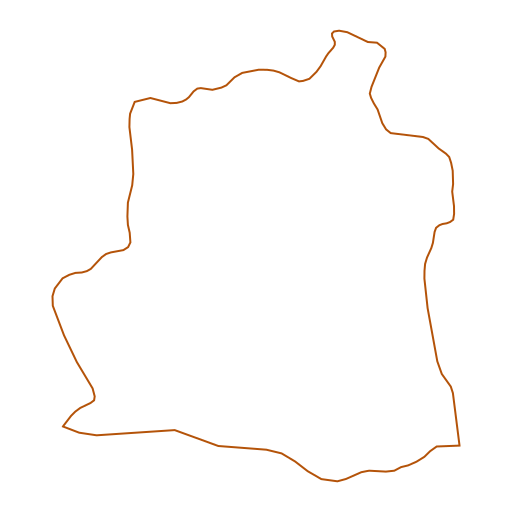 outline of Teleorman
{"feature_id": "ROU-127", "entity_name": "Teleorman", "entity_type": "County", "adm_level": 1, "iso_a3": "ROU", "parent_name": "Romania", "parent_adm1": "", "projection": "albers", "projection_center": [25.251, 44.09], "detail": "fine", "context": "isolated", "style": "outline", "palette": "amber", "viewbox_px": 512, "rotation_deg": 0, "n_neighbors": 0, "source": "natural_earth", "source_scale": "10m", "svg_char_len": 1756}
<svg xmlns="http://www.w3.org/2000/svg" viewBox="0 0 512 512"><path d="M459.5,445.6L436.7,446.5L430.1,451.2L424.4,456.8L416.5,461.7L408.1,465.4L401.1,467.1L394.3,470.7L385.9,471.6L369.2,470.7L366.8,471.1L361.3,472.2L345.9,479.0L337.4,481.3L321.3,479.1L307.7,471.2L295.0,461.4L293.8,460.7L281.6,453.4L266.4,449.7L218.3,446.0L174.7,430.1L96.6,435.3L79.2,432.7L63.0,426.5L63.1,426.3L63.5,425.7L71.1,415.8L75.3,411.6L80.3,407.9L90.5,403.0L94.1,400.3L94.7,396.4L92.6,388.4L76.8,362.0L64.0,335.3L52.8,305.8L52.5,296.2L54.8,288.5L62.6,278.3L69.3,274.8L75.4,272.9L81.8,272.5L86.9,271.1L90.8,268.9L101.8,257.1L106.1,254.0L110.9,252.4L123.4,250.1L128.1,247.1L130.4,242.4L129.7,232.8L127.9,224.9L127.4,216.5L127.9,202.6L132.2,185.3L133.3,174.0L132.1,149.7L129.4,127.1L129.6,118.9L130.1,113.7L134.7,101.9L150.4,98.0L170.4,103.2L176.7,102.9L182.3,101.5L186.1,99.5L188.9,97.2L193.6,91.4L197.3,88.6L200.8,88.1L212.4,89.8L221.4,87.6L226.4,85.3L234.5,77.3L242.2,72.9L258.8,69.7L267.1,69.8L273.5,70.6L279.4,72.3L291.1,78.0L299.0,81.4L303.1,80.9L309.4,78.8L316.5,71.8L320.6,66.2L326.1,56.5L328.3,53.3L333.2,47.7L334.8,44.8L334.8,41.8L332.2,36.5L332.0,33.5L334.0,31.5L339.1,30.7L347.3,32.2L367.8,42.0L377.0,42.7L384.7,48.9L385.6,52.3L385.4,56.6L379.2,67.6L371.5,86.9L369.8,93.6L371.1,97.9L373.8,103.3L377.6,109.5L382.3,123.2L386.1,129.4L390.7,133.1L422.9,137.0L428.3,138.9L438.7,148.5L446.0,153.7L449.2,157.0L451.1,162.8L452.7,170.7L453.1,184.0L452.2,191.6L454.0,206.1L454.1,213.9L453.2,219.7L450.1,222.0L446.7,223.3L442.5,224.0L439.4,225.2L436.1,227.8L434.6,231.9L432.9,242.9L431.3,248.1L427.0,257.6L425.1,263.9L424.5,270.8L424.4,278.6L427.6,308.1L437.3,361.3L441.8,374.0L450.8,386.6L452.9,393.1L459.5,445.4L459.5,445.6Z" fill="none" stroke="#b45309" stroke-width="2"/></svg>